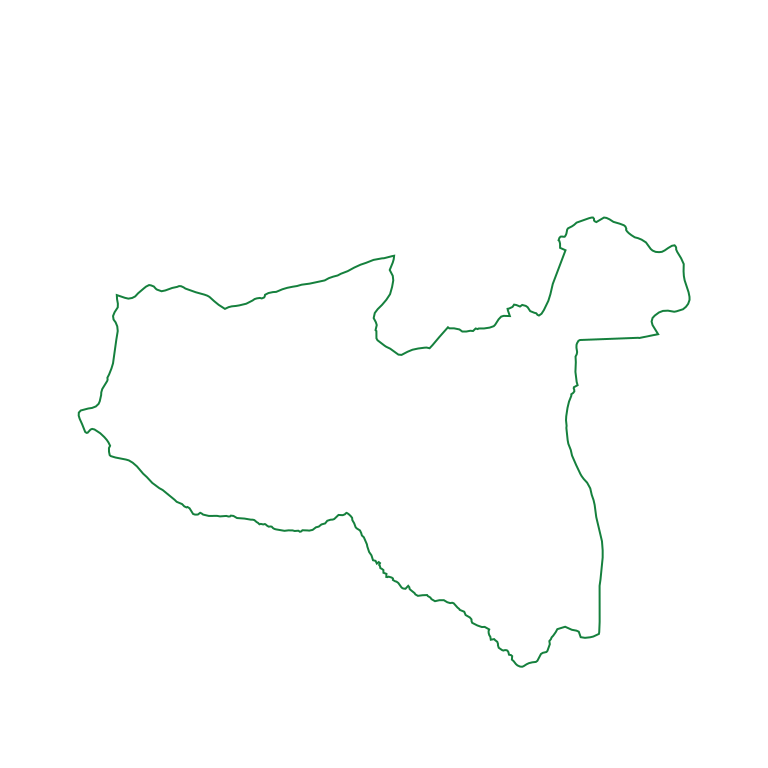 Svay Chrum, Svay Rieng, Cambodia (Robinson projection), rotated 288°
{"feature_id": "14789045B97733863188211", "entity_name": "Svay Chrum", "entity_type": "district", "adm_level": 2, "iso_a3": "KHM", "parent_name": "Cambodia", "parent_adm1": "Svay Rieng", "projection": "robinson", "projection_center": [105.695, 11.124], "detail": "fine", "context": "isolated", "style": "outline", "palette": "green", "viewbox_px": 768, "rotation_deg": 288, "n_neighbors": 0, "source": "geoboundaries", "source_scale": "gbopen_adm2", "svg_char_len": 6166}
<svg xmlns="http://www.w3.org/2000/svg" viewBox="0 0 768 768"><g transform="rotate(288 384 384)"><path d="M212.7,665.6L214.4,665.4L224.4,662.6L258.7,651.4L265.0,650.3L286.5,645.6L293.3,643.4L301.8,639.9L323.0,627.0L334.1,621.7L338.3,619.2L342.8,615.8L348.5,612.4L352.9,607.7L355.4,603.3L357.4,600.5L359.0,598.7L366.3,591.8L374.1,584.9L379.0,582.0L384.1,577.8L387.4,576.0L398.6,571.0L400.6,570.6L405.8,568.3L409.6,567.3L418.0,565.9L424.4,565.4L430.7,565.8L432.1,565.3L434.0,566.7L435.8,567.3L437.5,566.6L438.4,565.8L439.6,565.6L442.7,568.5L445.5,566.6L454.7,562.3L464.0,559.7L469.3,557.7L471.8,558.1L474.1,557.8L478.0,555.8L480.7,555.0L482.4,555.0L485.2,555.6L486.4,556.8L506.5,611.5L506.6,612.5L516.1,629.3L523.0,621.2L526.1,619.2L529.8,619.0L532.8,620.4L537.0,623.4L539.7,626.7L541.5,631.4L542.4,637.7L543.5,639.7L547.5,645.3L550.7,647.3L554.2,648.5L558.4,648.6L561.3,647.6L565.4,645.3L575.5,637.9L579.4,635.8L583.7,634.1L590.7,632.0L595.4,627.7L600.3,622.0L602.2,620.3L603.8,619.8L604.8,619.0L605.7,617.5L604.4,615.1L601.1,612.2L597.8,609.7L595.6,607.5L594.4,604.9L593.6,601.5L593.9,598.2L594.8,596.0L599.6,589.4L600.9,584.4L601.2,580.5L601.0,577.2L602.0,573.3L603.1,570.2L604.3,567.9L605.4,566.6L606.5,566.5L608.4,564.9L609.1,563.1L609.3,558.6L609.1,552.1L610.3,547.6L610.7,544.3L610.3,541.8L603.6,535.9L603.9,534.0L604.5,533.2L606.0,532.7L606.9,531.3L606.4,529.9L605.0,527.7L597.0,517.3L594.2,515.7L592.1,514.1L588.9,510.9L587.5,510.5L583.3,511.0L581.3,510.8L579.9,510.3L579.4,508.9L579.3,507.8L578.7,506.4L577.3,505.7L574.6,505.6L574.1,506.7L571.8,508.1L567.9,509.4L567.3,515.3L531.3,513.6L520.8,514.5L513.9,514.6L503.7,513.2L499.5,512.1L497.0,510.2L497.2,508.6L498.3,507.0L498.2,504.9L498.5,500.5L501.4,496.9L502.1,494.7L501.9,491.0L499.7,489.4L500.0,485.5L499.7,483.2L497.0,482.4L494.4,479.6L493.7,478.3L492.4,479.0L487.5,482.7L485.8,476.8L484.3,474.6L480.9,473.0L474.7,471.4L472.9,470.5L470.3,467.1L467.8,462.1L466.0,456.8L465.2,456.2L465.1,454.0L461.9,452.3L461.3,449.6L459.3,446.0L458.1,442.2L459.2,438.9L458.6,433.5L457.1,428.9L457.7,427.3L446.0,422.2L435.9,418.1L432.1,416.3L431.8,413.2L431.0,411.2L428.3,405.5L425.4,400.5L421.9,396.4L417.1,391.7L416.4,388.6L419.5,379.0L420.1,374.6L420.6,372.8L423.6,364.3L425.1,362.7L432.0,360.4L432.6,359.3L437.8,358.9L440.2,357.2L443.5,353.8L448.7,353.3L453.3,354.9L458.7,357.7L464.8,360.2L471.3,362.0L478.8,361.7L485.4,360.8L489.6,358.9L494.2,354.2L502.2,354.8L505.6,354.7L509.1,354.0L508.1,352.2L503.6,345.1L502.9,343.3L498.8,335.7L493.7,329.5L490.2,324.8L485.5,319.7L480.1,314.6L475.5,308.9L472.9,306.4L470.4,302.5L467.6,298.8L464.2,295.6L456.5,282.3L453.0,275.0L450.3,271.0L448.3,267.1L445.6,262.3L442.7,258.1L438.3,253.0L437.1,250.0L434.8,246.0L432.1,243.3L430.2,243.5L429.2,243.2L427.6,241.3L427.5,239.4L426.2,236.7L424.8,234.7L422.8,233.2L417.8,228.2L414.0,222.0L412.5,219.1L410.8,215.2L409.1,212.5L406.3,209.5L408.2,202.3L410.3,196.9L412.9,191.1L413.4,188.7L413.5,185.6L413.1,176.7L413.4,165.6L414.0,163.5L414.3,160.8L413.8,158.9L412.4,157.2L409.9,152.9L405.4,147.1L403.5,143.8L403.6,139.0L404.1,137.5L405.6,135.0L405.8,131.9L405.5,130.0L403.1,127.6L400.8,126.1L394.3,122.1L390.4,120.3L388.0,117.9L386.2,114.5L385.9,111.0L386.0,102.4L382.2,103.9L378.1,106.1L374.6,107.1L369.0,105.6L364.9,105.3L361.7,106.9L359.7,109.7L356.4,112.5L352.1,114.4L343.6,115.7L319.9,119.9L314.6,120.0L308.1,119.6L304.5,119.0L302.7,119.8L301.3,119.8L292.2,117.6L288.7,117.7L286.1,118.4L279.7,119.0L276.9,118.7L273.6,116.9L271.0,113.7L269.3,110.3L265.1,103.8L262.5,102.6L259.6,103.4L256.9,105.3L252.5,109.3L246.1,114.6L245.6,116.2L246.1,117.2L250.0,119.0L251.1,120.3L251.3,122.7L249.5,129.3L247.1,134.4L245.1,137.7L243.2,140.1L240.6,142.6L238.1,142.2L234.6,143.4L231.6,145.1L231.0,146.4L231.1,151.3L232.4,161.9L232.5,164.9L231.5,169.3L229.3,174.5L224.3,182.6L222.2,187.2L218.3,194.2L215.5,202.5L214.8,206.2L209.1,220.8L207.9,223.2L207.4,229.1L205.9,231.9L205.6,234.3L206.3,235.1L205.7,237.5L201.4,242.6L201.4,244.6L202.3,247.3L204.7,249.0L204.5,250.6L203.9,252.3L204.4,258.3L207.0,265.9L207.4,268.9L209.8,274.8L209.9,277.0L210.5,278.5L211.5,279.0L212.0,281.6L211.1,285.6L212.9,292.9L213.8,299.1L214.4,301.2L214.5,302.8L213.3,305.6L213.0,307.1L212.1,308.9L212.9,310.1L213.1,312.5L214.0,314.0L213.7,315.3L213.1,316.6L212.7,318.4L213.5,320.3L213.6,321.3L212.6,323.1L212.3,324.7L212.4,326.4L213.6,334.7L215.3,338.4L216.5,342.3L216.6,344.5L218.0,347.9L217.5,349.7L218.3,350.9L219.7,351.6L221.2,356.9L221.4,358.1L223.2,361.2L226.7,363.6L228.2,366.0L231.1,367.9L233.2,371.1L236.4,372.3L238.4,375.1L239.2,377.1L240.2,378.4L245.4,381.2L246.5,385.3L248.0,387.1L249.2,387.6L249.9,388.3L249.4,390.4L248.2,393.0L246.9,395.0L244.7,396.0L242.3,398.7L239.1,401.2L238.3,402.5L237.3,406.4L235.3,408.3L233.1,409.8L232.0,412.2L226.2,417.3L224.2,418.4L219.6,421.8L217.2,425.0L213.0,428.0L213.2,430.6L211.0,432.7L213.0,434.0L212.4,435.6L210.4,435.3L209.7,436.3L207.7,437.5L207.6,438.8L206.9,440.9L204.3,441.8L204.2,445.0L201.2,445.8L201.4,447.0L202.2,447.9L202.3,451.1L201.8,452.6L200.4,453.0L199.8,455.7L199.9,456.9L199.2,459.1L196.0,463.4L195.5,464.7L195.5,465.9L195.9,467.7L199.5,469.4L198.5,470.9L197.1,471.6L196.5,472.6L194.5,477.8L193.6,478.8L193.0,481.7L195.0,485.9L196.6,490.2L195.9,491.1L195.2,494.2L194.5,494.9L194.0,495.9L193.2,499.6L195.5,503.5L196.9,507.7L196.0,511.6L196.1,514.7L197.0,516.4L197.0,518.0L194.1,523.0L193.3,525.1L192.6,525.8L192.2,530.7L189.5,533.0L188.5,537.8L187.2,539.9L185.4,540.6L184.1,541.7L183.2,547.4L183.1,552.2L184.1,554.8L183.1,559.9L181.4,559.8L179.5,560.5L177.6,561.8L176.5,563.2L173.8,564.6L175.4,567.6L174.7,568.9L173.8,571.4L171.9,572.8L170.9,573.0L168.6,574.6L167.4,578.6L167.4,579.9L168.0,580.7L168.6,582.2L168.6,583.7L167.4,585.2L165.2,586.5L165.4,588.6L164.8,590.0L161.4,590.8L160.5,592.9L158.4,596.0L157.6,597.9L157.3,600.7L157.8,602.8L158.8,604.0L161.5,606.2L163.3,608.1L165.1,611.0L166.6,614.3L168.1,615.4L175.7,616.7L177.4,618.1L179.3,621.3L180.7,621.9L187.8,622.1L190.6,620.7L192.9,621.6L194.8,621.7L196.9,622.7L201.1,624.0L204.4,624.6L209.1,631.3L208.3,638.6L208.9,643.3L208.6,645.8L204.0,649.3L204.7,653.6L206.8,658.3L208.5,661.1L212.7,665.6Z" fill="none" stroke="#15803d" stroke-width="2"/></g></svg>